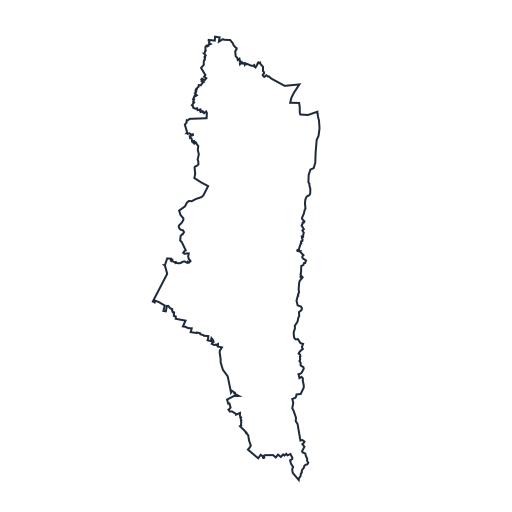 Atoyac, Veracruz, Mexico (Albers equal-area conic projection), rotated 30°
{"feature_id": "50627088B15987380837011", "entity_name": "Atoyac", "entity_type": "district", "adm_level": 2, "iso_a3": "MEX", "parent_name": "Mexico", "parent_adm1": "Veracruz", "projection": "albers", "projection_center": [-96.804, 18.924], "detail": "fine", "context": "isolated", "style": "outline", "palette": "slate", "viewbox_px": 512, "rotation_deg": 30, "n_neighbors": 0, "source": "geoboundaries", "source_scale": "gbopen_adm2", "svg_char_len": 6101}
<svg xmlns="http://www.w3.org/2000/svg" viewBox="0 0 512 512"><g transform="rotate(30 256 256)"><path d="M188.0,315.8L189.4,347.0L191.5,346.9L191.0,345.1L194.7,344.5L201.7,344.5L203.3,349.9L205.6,349.0L203.8,343.8L204.9,343.1L207.8,344.2L210.0,343.9L210.4,345.0L211.8,346.1L211.9,345.8L213.3,345.8L214.8,349.0L216.8,348.5L217.9,350.5L227.3,347.2L227.9,353.5L230.3,352.6L233.2,352.4L236.5,350.8L237.5,354.6L243.1,352.4L243.0,351.9L246.0,350.8L246.9,351.6L250.3,350.8L250.9,351.1L254.7,349.2L255.8,351.4L256.2,353.2L259.5,352.3L258.5,349.4L260.5,350.1L262.1,351.5L260.9,352.3L261.7,352.7L261.6,354.2L264.2,354.0L265.6,352.8L266.2,353.0L267.1,351.3L268.2,353.5L272.2,352.2L272.0,356.0L272.6,357.5L277.3,363.5L278.5,365.7L284.2,371.1L291.6,374.3L302.6,386.7L302.5,384.8L306.1,385.0L306.1,385.9L311.1,385.8L306.9,388.3L302.7,394.8L305.8,397.8L306.7,397.0L309.8,400.0L309.4,402.2L309.0,402.8L311.2,403.8L312.9,402.6L317.8,402.8L318.1,403.3L320.6,399.9L321.9,402.4L323.7,403.3L323.3,403.8L325.5,405.7L325.4,406.4L326.2,407.0L327.2,409.3L327.9,410.0L327.2,411.4L334.2,413.2L335.9,413.7L335.7,414.2L338.8,415.1L342.3,419.3L346.3,422.8L346.3,425.3L345.8,427.7L359.0,430.1L359.5,425.8L362.2,426.2L363.1,427.3L363.6,427.1L364.0,426.6L362.8,424.9L363.6,423.8L370.4,419.9L373.8,420.6L374.4,417.0L378.0,417.6L378.7,414.3L380.4,414.6L381.1,412.2L382.9,412.9L384.8,410.3L388.3,412.5L388.9,413.7L387.7,415.9L390.3,418.5L393.6,420.1L393.9,422.4L395.6,424.8L396.6,425.6L405.0,428.6L404.4,427.3L404.6,424.4L403.7,421.9L404.0,420.7L403.4,420.0L402.9,418.1L403.3,415.4L402.8,413.6L403.3,412.1L404.6,410.8L404.7,409.0L402.6,407.7L401.6,405.9L399.1,404.2L397.5,402.4L394.5,402.8L393.5,402.0L393.3,397.0L390.2,395.7L390.8,394.1L390.8,392.5L388.1,392.2L386.7,393.6L376.0,380.7L373.0,379.2L371.6,376.2L366.0,371.3L363.5,369.7L361.7,364.5L358.9,361.7L361.0,359.1L361.0,357.8L360.3,355.6L363.7,353.2L363.2,346.3L362.1,344.2L359.1,340.9L357.6,338.4L355.8,338.0L354.7,340.0L351.9,337.1L353.3,335.8L353.9,334.2L353.7,329.7L352.7,328.6L349.4,328.5L348.1,326.2L346.1,325.2L346.1,323.7L344.4,321.4L344.6,320.6L343.5,319.4L341.7,319.2L341.6,318.0L342.1,315.3L343.1,313.1L341.3,312.0L340.7,308.6L338.0,309.2L333.8,307.0L332.3,308.3L331.3,308.3L329.7,307.5L327.4,304.3L326.6,302.6L326.0,299.4L324.5,296.9L324.8,292.2L323.5,288.2L323.4,286.3L321.3,283.1L322.5,280.0L321.8,278.2L320.2,277.3L316.7,277.9L313.4,274.4L312.0,269.2L312.3,269.1L311.5,267.7L311.5,266.1L309.4,263.2L306.7,257.4L306.3,255.6L307.0,251.5L305.2,252.1L304.9,251.7L304.7,250.9L305.5,250.6L303.6,249.5L303.2,247.7L300.2,242.0L301.5,240.1L301.1,238.1L302.1,237.5L301.5,234.8L297.9,234.7L296.8,234.0L296.3,233.2L296.7,231.5L292.5,230.4L292.0,230.0L292.1,229.5L290.7,229.8L290.2,230.8L289.1,230.8L288.9,230.0L289.7,229.7L289.8,228.9L288.6,223.4L288.9,222.5L288.2,221.9L287.8,220.6L288.6,219.9L288.2,218.6L286.8,217.5L285.9,216.2L287.2,215.8L286.3,214.1L285.7,211.9L283.4,210.7L284.0,208.8L280.2,206.8L280.2,204.6L279.7,203.9L279.8,203.5L280.7,203.0L280.6,201.8L277.6,201.0L276.8,200.1L276.2,195.2L275.1,191.7L275.2,190.3L271.9,185.7L270.4,182.0L270.2,179.1L271.7,176.8L271.8,175.0L269.5,170.7L266.8,168.0L266.3,166.9L264.5,165.9L261.1,159.5L259.9,154.0L262.0,151.1L260.7,145.6L255.8,136.4L250.5,125.1L250.1,120.7L247.2,113.7L242.9,107.3L239.6,103.9L238.2,101.7L237.2,101.5L236.9,100.5L230.5,107.9L223.6,111.3L222.2,109.9L219.3,105.0L216.8,101.9L209.0,106.2L207.5,101.2L207.2,95.4L207.8,85.7L195.8,94.3L180.3,94.7L177.6,94.0L176.7,94.6L174.6,94.3L173.6,96.8L171.7,96.3L171.2,95.6L171.7,93.7L170.8,92.7L169.6,92.4L167.5,88.7L163.7,87.4L162.9,86.5L162.3,87.4L161.4,87.0L161.0,87.6L161.4,90.1L161.3,93.0L159.9,92.8L159.0,91.6L158.3,92.7L157.1,93.5L152.3,94.1L151.9,94.7L150.8,94.3L150.7,96.1L149.2,94.9L148.3,95.9L147.4,95.3L146.3,98.0L145.7,97.2L146.3,95.6L144.5,94.7L144.3,95.1L143.0,93.5L142.2,95.3L140.7,93.8L138.5,93.1L135.6,89.1L135.8,86.5L135.3,85.7L134.1,85.7L131.3,84.7L129.6,83.4L125.7,81.9L120.2,84.7L118.9,84.8L116.7,88.9L115.2,84.9L110.9,86.5L112.6,90.1L107.0,92.5L107.2,93.0L108.1,92.8L108.7,94.9L110.7,95.1L109.4,96.7L109.7,97.7L109.1,98.7L108.2,98.3L107.6,99.9L108.7,102.1L109.8,103.3L109.4,103.9L110.3,106.5L109.9,106.7L112.1,107.4L111.9,109.2L112.5,109.1L113.5,111.8L113.2,111.9L113.6,114.0L115.2,116.4L114.4,120.6L121.7,124.6L121.4,126.8L124.1,126.9L123.6,129.5L120.5,129.5L120.4,130.6L121.7,131.3L121.7,131.8L123.6,131.7L123.2,132.4L122.8,135.8L121.0,136.6L121.6,138.3L121.1,139.4L121.3,141.2L120.7,141.2L120.7,142.6L121.9,143.3L121.6,144.4L122.2,144.7L121.9,145.8L124.4,146.4L123.8,147.6L123.0,147.2L122.7,148.2L123.2,151.6L124.0,151.3L124.5,153.9L125.6,153.9L125.1,157.5L126.6,157.7L127.5,159.0L129.9,158.8L131.0,157.5L132.5,158.9L134.6,156.8L135.3,157.4L134.7,158.1L135.9,159.0L136.7,157.8L137.3,158.1L137.7,157.3L138.0,157.4L137.9,157.9L139.7,158.3L140.6,155.8L142.0,156.8L144.3,161.4L130.0,170.4L129.1,172.6L128.2,172.9L128.5,174.3L129.2,175.1L128.7,177.8L134.7,183.5L134.5,184.4L135.3,184.0L135.9,184.3L136.9,183.1L139.6,183.1L140.4,182.2L140.9,182.9L138.7,185.3L139.8,186.7L140.1,186.3L141.4,186.4L143.4,188.8L144.9,187.3L145.6,187.7L145.2,189.3L146.3,189.6L147.0,187.7L147.8,188.0L147.9,188.4L151.1,189.7L152.5,193.2L155.7,196.6L157.2,201.6L158.6,202.8L160.3,205.4L160.0,206.9L158.4,209.3L158.5,210.0L162.3,215.3L163.6,219.3L171.5,219.7L179.6,219.4L180.1,229.7L179.7,231.3L179.0,232.7L175.5,236.6L172.9,240.7L170.3,242.0L169.5,244.4L169.7,248.5L166.7,255.1L170.1,258.2L174.3,259.7L175.1,261.2L175.0,264.7L174.1,267.7L174.1,268.6L174.8,269.7L176.3,270.7L178.0,270.8L180.0,270.3L181.7,271.3L181.7,273.8L181.1,274.4L180.7,276.3L182.5,280.4L184.8,281.1L192.3,286.2L191.6,287.6L191.3,289.4L191.7,289.8L193.3,289.7L194.8,288.3L196.5,287.4L197.4,290.2L199.4,292.3L202.6,293.5L201.8,293.6L201.5,293.2L201.1,293.9L201.2,295.4L200.6,295.7L199.7,295.4L199.8,296.3L196.5,296.5L194.7,298.6L194.8,299.1L192.9,300.9L190.6,301.8L190.2,301.6L189.9,302.1L189.4,301.5L189.0,302.1L185.8,302.2L185.4,302.8L184.7,302.6L185.0,301.2L184.1,301.6L183.8,300.8L180.3,302.5L181.7,309.5L181.2,309.8L182.1,310.0L188.0,315.8Z" fill="none" stroke="#1e293b" stroke-width="2"/></g></svg>